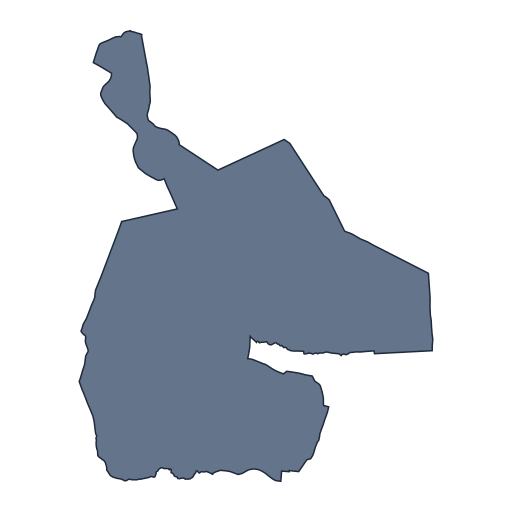 Capulhuac, México, Mexico (orthographic projection)
{"feature_id": "50627088B65520892305062", "entity_name": "Capulhuac", "entity_type": "district", "adm_level": 2, "iso_a3": "MEX", "parent_name": "Mexico", "parent_adm1": "México", "projection": "orthographic", "projection_center": [-99.466, 19.217], "detail": "fine", "context": "isolated", "style": "filled", "palette": "slate", "viewbox_px": 512, "rotation_deg": 0, "n_neighbors": 0, "source": "geoboundaries", "source_scale": "gbopen_adm2", "svg_char_len": 5994}
<svg xmlns="http://www.w3.org/2000/svg" viewBox="0 0 512 512"><path d="M323.9,195.9L289.8,143.4L284.2,139.5L217.9,170.1L179.1,144.6L179.3,143.4L178.8,141.2L178.1,139.6L176.7,137.0L174.9,135.1L168.0,130.3L166.1,129.5L164.8,129.1L161.1,128.5L157.9,127.6L156.6,127.1L155.8,126.6L154.5,125.8L153.5,124.2L151.1,122.3L148.6,120.5L147.9,118.7L147.3,115.8L147.2,114.8L147.6,112.8L148.6,109.4L149.4,105.1L150.0,102.9L150.3,101.3L150.2,98.8L150.0,96.2L149.8,92.8L149.9,89.5L150.1,86.4L150.0,85.4L149.7,83.7L148.9,77.6L147.8,70.5L147.8,69.7L147.0,65.2L146.7,63.8L146.3,63.5L146.5,63.1L146.4,62.1L145.9,59.7L141.7,36.8L141.6,35.1L141.8,34.6L140.4,33.9L136.9,33.0L134.3,32.1L130.6,31.3L130.5,30.7L125.7,31.8L123.6,33.2L121.0,36.8L119.4,36.5L115.5,36.9L112.3,38.3L109.0,40.0L102.0,42.8L100.0,43.9L99.0,45.3L95.9,54.1L93.3,62.6L96.6,64.4L100.2,66.4L111.5,73.2L111.4,75.9L110.9,77.4L110.3,79.1L108.8,81.4L105.8,84.1L103.4,86.5L102.0,89.7L100.7,93.3L100.8,95.6L102.8,100.1L105.2,103.9L110.1,109.4L116.7,117.1L120.9,119.5L127.4,123.7L134.7,131.0L137.1,133.7L137.4,136.2L137.4,137.9L137.0,139.4L135.5,142.7L133.4,147.7L133.3,148.6L133.1,150.4L133.7,155.3L134.3,158.0L135.6,162.1L138.5,167.9L145.5,173.6L151.1,176.9L152.7,177.7L155.6,179.3L158.1,180.3L159.2,180.3L161.0,180.1L164.2,178.8L167.0,185.9L170.4,193.2L177.3,208.9L121.7,221.5L120.3,225.4L119.8,227.0L101.1,276.5L95.6,290.0L95.1,293.3L94.7,297.5L93.5,300.8L91.6,304.9L89.0,311.9L86.4,318.6L83.6,323.5L83.0,324.9L82.5,326.7L82.1,328.2L81.0,331.2L81.8,332.5L83.6,334.5L84.8,335.2L85.5,336.1L85.7,337.4L85.4,339.6L85.4,341.7L86.0,344.3L87.2,347.2L88.2,350.4L88.1,351.5L86.8,353.8L85.7,356.0L84.6,364.5L82.5,370.9L80.4,378.2L79.2,381.5L82.1,389.6L84.2,394.5L87.6,403.4L91.1,411.6L92.9,416.0L94.2,421.9L95.2,430.5L95.5,432.4L95.6,433.1L95.8,433.9L96.1,434.7L96.5,435.4L96.7,435.8L96.7,436.3L96.5,436.8L96.2,437.4L96.1,437.9L96.0,438.5L96.0,438.9L96.2,439.2L96.3,439.7L96.4,440.1L96.2,441.6L96.1,443.9L96.3,446.3L96.8,448.9L96.9,449.3L97.4,450.2L97.5,450.5L97.8,455.5L98.1,456.0L99.0,457.0L99.8,457.7L100.6,458.1L101.4,458.7L101.9,459.3L103.5,460.3L104.2,460.9L104.6,461.4L105.3,462.6L105.6,463.5L106.0,464.8L106.5,466.5L106.7,467.4L106.7,469.8L106.9,470.4L107.6,471.2L108.3,472.4L109.7,474.6L110.4,475.4L111.2,476.1L113.0,477.1L116.7,478.3L120.4,478.9L122.2,479.5L124.6,480.7L125.3,480.8L126.5,480.6L127.9,479.7L129.1,479.1L131.0,479.6L133.0,479.8L134.8,479.8L136.5,479.8L137.3,479.7L138.5,479.3L139.1,479.1L140.9,479.2L141.4,479.1L141.7,478.9L142.5,478.7L142.9,478.7L143.5,478.6L146.3,478.0L147.8,477.6L148.6,477.6L150.0,476.9L150.4,476.6L151.4,476.5L153.5,477.1L154.2,477.1L154.7,476.9L155.3,476.1L155.3,475.8L155.6,475.1L155.7,474.9L155.9,474.4L156.2,472.1L156.5,471.7L157.8,471.0L158.0,470.6L158.3,470.0L158.7,469.5L159.3,468.8L160.5,468.1L160.9,467.8L161.3,467.7L162.0,467.7L162.5,468.0L163.4,468.3L164.6,468.6L168.4,468.6L168.6,468.8L168.9,469.4L169.4,469.8L169.8,469.7L170.0,469.3L170.3,469.1L170.6,469.0L170.9,469.2L171.2,469.5L171.3,469.8L171.3,470.7L171.1,471.2L171.1,471.8L171.0,472.4L171.2,472.7L171.4,472.9L172.2,473.1L173.2,473.8L173.8,474.9L174.1,475.5L174.3,475.9L175.1,476.5L176.4,476.7L176.9,477.0L177.2,477.3L177.6,478.2L177.8,478.5L178.1,478.6L179.3,478.7L181.7,478.2L182.6,478.0L183.6,478.1L183.8,478.3L184.0,478.4L184.6,478.5L184.8,478.6L185.0,479.0L185.3,479.2L185.5,479.3L186.0,479.1L186.3,479.0L187.0,479.0L187.4,479.0L188.4,479.2L190.4,478.7L191.1,478.1L192.0,477.7L192.8,477.0L193.1,476.4L193.7,475.7L194.3,474.3L194.6,473.8L195.1,473.5L195.7,472.8L195.8,471.8L196.1,471.1L196.5,470.9L197.0,470.8L197.3,471.0L197.6,471.4L198.0,471.9L198.3,472.3L198.9,472.8L199.4,473.0L200.8,471.9L201.1,471.8L202.5,471.8L203.3,471.9L204.0,471.9L205.6,471.7L206.5,471.5L207.0,471.6L207.4,471.8L207.7,472.0L209.6,472.7L211.7,473.8L212.0,474.0L212.3,474.3L212.7,474.3L212.9,473.5L213.2,473.2L214.7,472.4L215.8,471.8L216.9,471.5L217.5,471.2L218.2,471.1L218.9,470.9L219.2,470.6L219.6,470.5L220.0,470.5L220.3,470.3L226.4,470.9L230.3,471.6L234.7,473.2L238.2,474.5L242.2,473.4L247.7,470.3L248.6,469.8L250.8,469.4L254.1,468.9L258.5,469.6L261.9,471.1L265.4,473.3L269.2,476.4L273.1,479.3L275.8,480.6L280.8,481.3L281.0,479.2L281.6,471.1L289.2,471.7L289.2,470.6L298.7,471.6L306.8,459.8L310.7,458.7L312.5,455.8L313.6,453.2L315.4,447.0L315.5,446.8L315.8,446.0L316.5,444.4L317.3,442.3L318.8,440.1L319.4,437.5L319.9,433.7L321.7,428.5L323.1,424.9L324.8,419.4L326.6,414.7L327.7,411.2L328.2,409.1L328.7,406.8L323.6,405.5L323.4,402.6L323.4,398.2L322.8,395.1L322.1,391.7L320.2,385.6L319.2,384.3L318.2,383.5L315.0,381.3L313.9,379.4L312.9,377.3L312.2,376.0L305.2,374.8L302.6,374.0L298.8,373.1L294.3,372.4L290.1,371.7L286.6,371.3L283.3,374.0L282.7,373.6L276.4,371.1L272.4,368.9L267.1,365.4L265.5,364.4L263.3,363.8L252.8,359.5L248.9,358.7L247.7,358.6L248.7,353.6L249.7,347.5L250.2,336.3L251.4,337.7L254.2,340.2L256.5,342.4L256.7,341.8L257.3,341.2L258.3,341.5L259.1,342.6L259.8,342.8L260.9,342.3L262.3,342.2L263.8,342.2L265.3,341.9L266.7,341.7L267.2,342.5L268.5,344.1L269.6,344.6L270.9,344.9L272.1,344.4L273.4,343.7L275.3,342.7L276.1,342.9L276.9,343.4L277.4,344.0L279.2,344.4L279.8,345.5L280.3,345.8L281.2,345.8L281.7,345.5L282.9,346.6L283.4,347.4L284.3,347.6L285.5,347.3L286.4,347.7L287.4,349.3L291.2,350.8L294.9,351.1L296.9,351.0L298.7,351.1L302.9,351.2L303.7,351.5L303.8,352.3L303.8,352.9L303.9,353.7L304.6,354.0L305.8,353.9L308.0,353.3L309.9,353.1L311.4,353.5L312.5,354.0L313.1,354.1L314.2,353.5L315.5,353.0L316.7,353.2L317.6,353.8L319.8,352.9L321.8,353.1L323.7,352.8L325.1,352.3L326.4,352.0L328.4,352.3L331.1,353.0L339.0,353.8L341.2,355.6L342.1,354.4L343.6,354.1L346.2,354.7L348.2,353.8L350.2,352.4L352.2,352.4L356.0,351.9L360.3,352.0L366.6,351.4L372.3,351.0L374.1,351.0L374.5,353.7L432.2,350.7L432.3,345.5L432.8,339.2L432.0,333.3L431.5,326.4L431.2,320.4L430.4,315.2L430.0,307.6L430.1,298.0L428.4,273.3L372.4,244.7L367.6,241.9L360.3,238.9L355.6,236.1L351.8,233.9L344.6,231.2L329.2,199.8L326.0,197.1L323.9,195.9Z" fill="#64748b" stroke="#1e293b" stroke-width="1.5"/></svg>